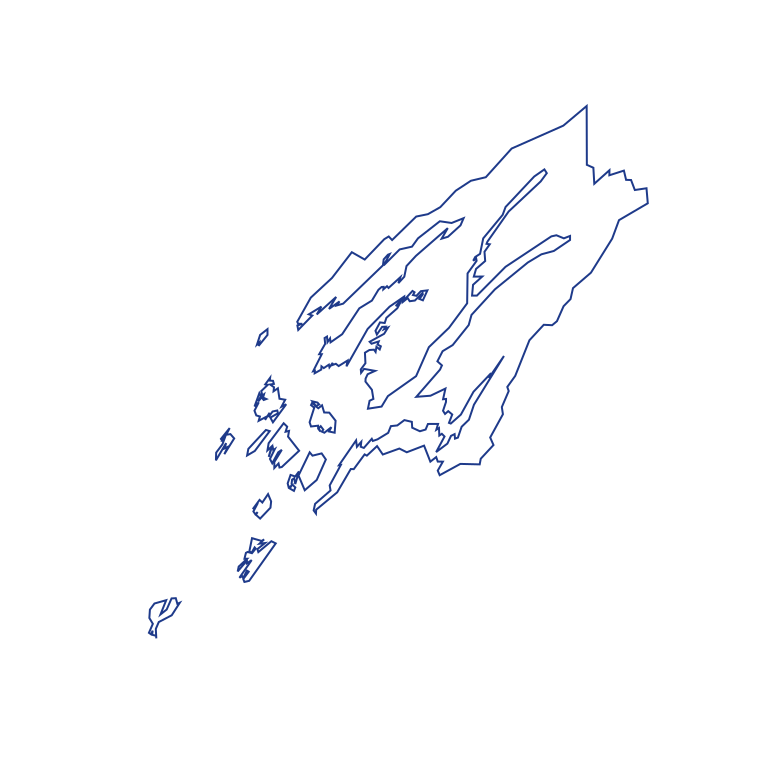 Rødøy nor, Nordland, Norway, rotated 312°
{"feature_id": "86288312B63422016976384", "entity_name": "Rødøy nor", "entity_type": "district", "adm_level": 2, "iso_a3": "NOR", "parent_name": "Norway", "parent_adm1": "Nordland", "projection": "robinson", "projection_center": [13.227, 66.575], "detail": "fine", "context": "isolated", "style": "outline", "palette": "blue", "viewbox_px": 768, "rotation_deg": 312, "n_neighbors": 0, "source": "geoboundaries", "source_scale": "gbopen_adm2", "svg_char_len": 6156}
<svg xmlns="http://www.w3.org/2000/svg" viewBox="0 0 768 768"><g transform="rotate(312 384 384)"><path d="M460.4,271.9L428.0,274.4L399.2,271.8L372.2,277.9L371.3,279.9L374.1,283.0L369.5,280.5L366.8,284.1L386.9,284.9L385.5,281.5L399.6,285.7L390.7,287.5L416.7,290.2L403.0,292.9L415.6,295.7L410.7,296.3L416.4,299.9L471.5,303.8L476.4,300.4L482.7,300.4L484.5,301.3L472.0,304.4L494.5,305.6L504.8,312.9L515.0,311.8L542.3,316.6L548.9,326.5L560.5,332.2L553.1,334.7L536.2,333.0L530.6,329.6L542.5,327.1L500.6,322.0L486.7,321.8L477.3,327.3L468.6,327.2L474.4,324.7L458.4,323.1L458.7,320.8L453.9,320.2L455.9,318.7L454.5,317.3L450.3,316.8L437.9,319.2L423.7,315.0L393.0,319.6L379.2,316.4L381.8,313.4L377.3,314.0L381.1,309.9L378.4,309.1L374.5,313.4L362.8,315.9L364.5,317.8L346.1,322.8L347.6,323.7L345.6,325.3L352.7,327.7L355.3,325.7L355.5,328.6L361.5,330.1L359.9,332.3L365.4,331.7L363.4,332.9L366.8,334.7L367.0,338.3L377.1,341.2L372.0,344.3L414.0,335.0L445.2,336.4L462.6,340.5L459.8,342.8L472.2,342.9L472.6,345.3L469.5,346.0L471.2,349.1L477.7,349.3L482.6,353.6L472.2,356.9L470.9,353.4L476.5,352.9L477.5,351.7L466.7,351.1L462.7,347.7L463.7,344.1L457.4,343.1L459.2,341.7L454.6,340.5L449.8,340.5L453.7,342.1L449.2,343.2L434.8,341.5L429.8,343.7L427.1,339.8L417.8,342.1L416.0,345.6L425.2,344.4L427.7,346.9L424.7,347.4L428.7,349.2L421.4,350.5L405.8,345.1L405.6,347.8L412.1,351.6L409.0,352.8L409.9,356.4L406.8,357.7L406.6,353.5L402.2,356.3L402.8,353.6L399.5,350.4L394.5,348.9L387.0,356.3L379.3,357.0L377.0,359.5L381.9,359.1L387.8,368.6L380.3,365.3L375.7,366.7L373.4,368.6L371.6,378.9L365.8,386.1L361.9,384.5L354.9,388.6L365.6,397.3L377.6,395.0L411.3,402.6L441.4,392.7L469.2,394.7L499.6,391.8L522.1,372.1L537.5,370.4L538.8,368.7L535.3,367.8L539.4,366.8L545.0,368.3L558.6,360.3L589.1,359.0L596.9,355.9L638.7,356.8L650.8,359.6L649.6,363.9L639.4,364.9L595.6,361.2L559.0,365.6L556.8,366.4L558.6,369.1L549.5,370.2L543.1,376.9L531.1,375.4L523.9,378.9L529.6,385.1L517.3,383.8L508.6,390.3L511.9,393.9L552.4,395.9L605.7,409.6L609.9,412.6L612.6,420.2L618.5,423.2L615.5,425.9L596.5,421.2L585.7,414.2L570.6,409.6L528.6,403.1L493.9,402.8L484.5,407.5L458.9,409.0L447.6,405.6L436.6,408.5L436.6,414.6L432.2,416.0L396.1,416.6L406.4,426.4L421.7,432.7L412.2,438.1L414.4,440.1L412.1,442.1L403.6,445.8L402.6,449.4L406.8,449.9L407.0,455.1L398.6,458.3L399.3,460.1L412.7,461.6L438.1,455.7L463.7,456.3L458.6,457.9L485.1,454.4L428.8,464.7L414.3,471.0L404.2,470.3L393.6,474.8L390.9,473.3L394.0,470.0L390.3,468.5L382.1,471.0L368.3,468.3L385.5,464.1L385.7,460.3L382.7,459.6L388.1,454.3L385.0,453.5L390.5,450.9L383.7,443.4L378.0,445.4L372.9,442.3L370.4,434.2L374.5,430.0L370.8,423.3L362.1,421.6L357.3,417.3L350.5,419.8L338.5,416.2L334.2,413.8L335.1,411.6L323.0,411.8L321.8,408.7L325.8,405.8L319.2,405.9L323.4,401.0L293.5,404.9L294.9,406.1L272.3,411.5L269.1,415.5L248.8,413.0L243.0,416.3L242.2,420.1L245.2,417.7L272.2,421.7L298.6,416.2L300.5,418.5L318.7,416.7L319.3,419.2L333.2,420.4L330.8,430.3L346.3,438.6L348.5,446.6L365.0,455.0L357.3,470.4L364.6,471.7L362.3,475.9L365.7,479.7L355.6,481.9L353.5,486.4L375.7,494.2L388.3,508.9L393.2,505.9L411.9,506.2L415.3,498.7L441.1,492.6L445.7,487.0L462.2,481.4L464.3,477.6L477.8,476.1L513.8,462.8L534.9,463.1L540.2,469.6L546.4,470.5L562.0,465.4L571.9,465.8L581.7,460.3L605.2,463.3L644.7,456.3L663.0,449.0L694.8,459.1L705.1,448.1L696.0,440.6L700.9,431.1L697.7,427.3L703.1,419.5L689.9,411.8L693.7,408.5L673.5,406.3L684.8,394.9L682.6,388.1L726.2,348.6L696.0,344.4L644.4,321.3L605.8,321.3L593.2,312.6L575.7,308.0L553.1,307.5L539.6,303.0L530.0,295.9L496.4,293.7L496.8,288.8L491.8,287.3L463.6,286.4L460.4,271.9ZM312.4,295.2L304.3,296.0L305.6,298.2L296.6,297.5L294.1,301.3L296.1,301.7L293.0,303.2L294.1,306.6L291.6,305.3L292.1,302.0L286.9,302.2L292.6,300.6L293.8,297.5L280.7,302.8L286.6,303.2L277.5,305.6L275.2,310.1L276.8,313.5L272.8,315.5L281.3,318.6L277.7,319.7L286.0,318.2L282.2,320.3L289.0,319.6L292.9,322.4L291.3,324.8L283.0,322.0L281.2,327.1L303.5,324.9L298.6,323.0L306.2,321.1L303.1,316.2L309.8,308.0L304.7,306.8L308.0,304.4L307.4,299.7L310.4,302.1L312.1,299.4L310.1,296.8L312.4,295.2ZM287.7,335.7L262.8,337.9L256.7,341.8L262.3,342.3L252.7,347.1L263.7,342.2L260.8,345.9L262.6,346.4L252.0,349.4L250.3,354.0L262.5,351.1L266.7,352.1L252.6,354.7L248.2,358.7L254.4,358.8L252.0,362.2L253.9,363.6L277.6,365.6L280.7,347.9L285.6,344.8L282.7,342.8L287.5,340.6L287.7,335.7ZM193.1,410.2L191.8,405.5L175.0,403.1L176.6,400.4L186.2,402.0L182.0,398.3L188.3,398.9L185.5,398.1L181.1,389.1L169.4,396.0L170.2,398.5L176.0,397.2L175.8,398.8L169.9,399.1L167.9,395.0L166.1,394.4L160.8,397.2L162.6,399.2L151.1,398.2L146.8,400.7L161.0,400.3L159.0,402.1L164.6,403.5L143.3,406.2L146.3,407.2L145.6,409.2L154.4,406.7L151.1,408.4L154.9,409.0L144.9,409.9L143.5,412.7L147.5,415.5L193.1,410.2ZM283.5,374.5L258.8,381.7L252.0,396.2L267.7,398.2L289.0,391.3L290.7,384.1L282.9,378.8L283.5,374.5ZM84.8,378.6L82.4,377.5L85.5,372.6L82.5,369.6L71.0,373.4L63.2,372.1L77.6,366.8L67.3,360.3L59.7,361.0L53.1,366.2L51.1,372.7L41.8,375.8L42.1,378.3L45.9,377.1L42.5,379.5L44.4,383.1L42.6,385.0L49.3,378.3L56.4,375.9L70.1,381.0L84.8,378.6ZM323.2,342.4L322.3,347.2L321.5,343.3L319.5,343.9L319.7,348.0L305.8,354.3L303.6,358.2L308.9,362.9L306.8,364.9L306.1,368.5L307.5,365.1L310.3,365.2L309.5,369.4L307.0,369.6L307.9,372.3L316.7,373.8L311.9,374.9L314.8,379.9L324.3,372.6L326.1,362.5L322.8,358.6L326.7,352.2L322.0,351.4L321.8,348.0L325.4,349.5L325.7,347.0L323.2,342.4ZM214.6,369.1L203.2,370.2L211.2,369.9L201.9,372.2L201.1,375.5L204.2,375.8L201.1,376.2L201.1,382.0L216.1,382.4L221.2,378.7L224.6,371.5L214.5,372.9L214.6,369.1ZM248.0,298.8L233.3,299.6L236.2,301.0L233.4,301.6L233.8,302.2L238.9,300.1L240.5,300.5L231.1,304.3L220.7,305.2L214.8,310.2L234.4,306.2L229.6,308.7L232.9,310.0L225.0,312.3L243.3,309.1L244.0,303.4L240.7,300.7L248.0,298.8ZM270.8,327.0L245.0,326.6L239.3,330.1L247.8,332.8L272.5,330.6L270.8,327.0ZM253.9,375.4L245.7,378.9L243.4,382.3L246.4,383.3L243.3,383.9L244.3,388.6L247.8,387.3L247.9,382.2L251.4,379.7L253.8,380.3L250.3,385.0L262.1,379.3L255.9,379.9L253.9,375.4ZM337.6,259.1L328.4,263.2L331.6,263.5L328.4,265.3L342.5,264.6L346.8,260.7L337.6,259.1Z" fill="none" stroke="#1e3a8a" stroke-width="2"/></g></svg>